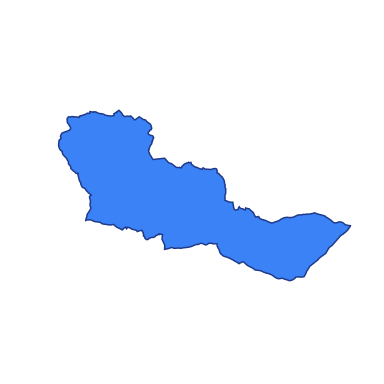 the district of Meresti, Harghita, Romania, rotated 50°
{"feature_id": "2599482B24897883933358", "entity_name": "Meresti", "entity_type": "district", "adm_level": 2, "iso_a3": "ROU", "parent_name": "Romania", "parent_adm1": "Harghita", "projection": "albers", "projection_center": [25.555, 46.251], "detail": "fine", "context": "isolated", "style": "filled", "palette": "blue", "viewbox_px": 384, "rotation_deg": 50, "n_neighbors": 0, "source": "geoboundaries", "source_scale": "gbopen_adm2", "svg_char_len": 6046}
<svg xmlns="http://www.w3.org/2000/svg" viewBox="0 0 384 384"><g transform="rotate(50 192 192)"><path d="M145.5,291.7L146.0,290.2L147.6,288.3L148.2,287.4L151.2,286.1L152.2,285.5L156.1,281.9L158.2,281.4L159.1,280.9L164.8,275.8L165.9,273.8L166.6,272.9L168.5,272.7L170.7,272.2L172.1,271.5L175.8,270.0L176.4,269.4L175.9,268.0L176.2,265.4L178.1,265.8L178.0,265.0L177.6,264.3L177.6,264.0L177.9,263.7L179.0,263.1L179.7,262.5L181.0,262.3L181.9,261.9L185.1,259.6L186.1,259.2L187.1,259.4L187.2,259.2L188.3,256.4L189.2,254.9L190.0,255.4L192.0,255.5L192.3,256.0L193.9,256.7L194.2,257.2L194.6,257.5L195.6,257.0L197.3,257.8L199.1,257.6L199.4,256.9L200.1,256.3L200.0,255.4L200.1,254.4L200.5,252.6L201.1,252.1L201.4,251.4L202.0,250.7L202.4,249.4L202.5,248.7L202.2,248.5L202.2,247.9L202.4,246.8L202.8,246.1L202.9,245.3L202.7,245.1L202.7,244.6L203.6,244.4L203.7,244.2L203.3,243.8L203.3,243.6L205.2,242.5L205.7,241.9L206.3,242.7L208.8,245.3L214.7,246.9L215.3,247.1L218.3,249.9L220.1,246.6L220.8,244.6L221.4,243.4L222.1,242.7L223.4,242.1L224.1,241.4L226.1,238.5L228.0,236.7L228.8,235.1L231.2,231.5L233.0,228.4L234.7,223.1L235.2,222.1L236.3,220.8L236.6,219.0L237.1,218.1L238.2,217.1L240.8,215.9L241.4,215.5L241.9,214.3L242.1,212.4L242.5,211.6L243.3,210.5L245.3,209.1L247.7,206.2L249.9,207.6L253.9,208.4L256.2,209.5L257.9,209.7L261.2,209.1L262.4,208.5L263.6,207.6L266.6,205.9L270.6,204.2L272.3,203.7L274.9,202.6L277.1,202.1L277.3,200.9L277.8,198.9L278.3,197.8L278.9,197.4L283.7,196.8L289.6,194.3L292.3,193.8L294.9,191.3L296.1,190.3L297.2,189.6L298.9,188.9L301.6,187.4L302.4,186.9L302.8,186.3L306.9,184.1L311.1,183.1L313.1,182.2L314.3,181.2L315.5,179.2L316.2,178.2L318.9,176.7L320.1,175.8L321.9,174.8L322.6,174.3L323.3,173.2L324.1,170.9L324.2,168.8L324.0,166.7L328.1,162.2L328.6,160.8L328.9,160.4L327.4,156.8L326.4,155.1L325.4,151.6L324.6,149.8L324.9,139.0L324.5,137.2L324.5,135.4L325.0,129.1L323.2,124.1L322.7,122.3L323.0,119.2L321.2,107.4L321.1,107.0L320.9,106.7L321.0,106.6L321.2,103.8L321.4,103.0L321.2,101.9L321.5,101.0L321.3,99.2L321.4,98.9L320.9,95.7L320.7,95.7L320.6,95.0L320.2,94.5L320.3,94.1L320.1,93.0L319.6,92.3L318.2,93.7L315.6,95.6L312.7,96.1L310.7,97.1L310.6,97.5L310.3,97.7L309.2,98.8L309.0,100.0L308.6,100.8L308.0,101.8L307.1,102.8L306.3,103.2L302.9,103.7L301.8,104.1L300.2,104.4L297.8,105.3L296.8,105.4L296.0,105.6L294.2,106.6L290.4,109.4L289.0,110.2L288.6,110.6L286.8,111.4L286.6,111.7L286.2,112.9L284.2,116.6L283.5,117.4L282.8,118.0L281.9,119.9L281.0,120.6L280.0,122.6L277.6,125.8L276.5,130.3L276.1,131.1L275.0,132.9L273.6,134.4L272.5,135.4L271.5,137.0L270.8,138.3L270.0,141.4L269.8,144.1L268.5,147.1L267.6,149.8L266.9,150.9L264.6,152.4L261.8,153.6L260.4,154.4L257.9,156.1L256.7,156.7L256.5,157.0L255.6,157.2L254.5,156.8L253.9,156.8L253.5,156.9L253.6,157.2L252.7,158.2L252.5,159.3L251.2,159.4L250.4,159.0L249.0,158.9L247.9,158.4L247.2,158.2L246.5,158.5L245.6,158.5L243.4,158.9L241.7,159.0L239.4,160.8L238.7,161.1L238.9,161.5L240.1,162.5L239.7,163.1L238.9,163.5L237.6,163.8L236.4,165.0L234.8,165.5L233.7,165.3L233.8,166.1L234.1,166.6L234.5,167.4L235.1,168.1L233.6,170.5L233.0,170.6L231.6,170.5L227.5,168.2L226.8,168.0L226.2,167.3L223.8,169.8L219.5,172.1L217.8,170.4L215.9,169.2L215.2,167.8L213.5,165.9L212.4,165.3L211.4,164.1L210.3,163.9L209.0,163.1L208.7,163.1L208.0,162.1L206.6,161.7L205.2,160.7L204.6,160.5L204.2,160.1L201.2,159.4L200.1,159.3L198.6,159.4L198.4,159.6L197.3,159.6L196.9,159.7L195.1,159.6L193.4,160.6L192.0,159.1L190.5,158.5L189.7,158.5L188.4,159.7L186.9,163.0L183.0,167.1L180.6,168.0L180.7,168.9L181.3,169.5L181.2,169.7L177.9,171.8L176.4,172.3L175.8,173.0L175.4,173.1L175.2,173.6L174.3,173.5L173.8,173.9L172.9,174.2L171.6,174.2L170.7,174.7L168.6,173.8L168.4,174.5L167.7,175.4L167.0,175.5L167.0,176.3L166.4,177.4L166.4,177.8L165.9,179.1L165.7,180.8L166.0,183.4L166.4,184.1L166.6,184.7L166.0,185.3L165.2,185.6L165.1,186.1L163.5,187.8L163.0,188.2L157.0,189.5L154.7,191.1L148.5,191.3L142.1,200.9L140.6,200.9L138.7,200.4L137.6,200.4L135.4,200.0L134.9,199.6L133.4,199.3L132.3,198.7L132.2,198.0L131.9,197.8L131.9,197.5L131.2,197.3L131.0,196.5L130.3,195.3L129.9,194.9L129.8,194.3L129.4,193.1L129.3,192.2L128.9,191.6L127.9,190.6L128.0,190.1L127.5,189.5L127.2,189.4L127.0,188.6L126.5,188.4L126.2,187.8L126.3,187.3L125.9,187.0L125.8,186.5L124.4,186.0L123.7,186.1L121.2,187.7L119.6,188.3L118.2,187.3L118.1,187.0L118.1,185.6L117.8,185.2L117.6,184.8L117.6,184.4L117.6,183.9L117.8,183.9L118.0,183.2L117.5,182.1L116.6,181.5L114.6,180.6L113.2,180.3L109.2,181.3L106.8,181.4L105.2,182.7L102.7,183.4L100.5,184.1L100.1,189.3L99.7,189.7L94.9,189.9L94.0,190.5L94.2,191.0L92.4,192.7L91.8,193.5L91.4,194.5L90.9,195.0L90.2,195.3L87.9,195.6L86.4,195.1L82.5,195.4L82.2,198.2L82.8,198.5L82.3,199.2L81.8,201.6L82.5,201.9L83.3,202.6L82.2,204.6L81.9,205.1L81.1,205.7L80.7,206.3L79.7,207.3L78.8,207.8L77.5,209.1L76.1,209.4L74.0,210.8L72.5,212.4L70.1,213.8L69.4,213.9L68.8,214.3L67.5,215.5L67.8,215.9L64.8,218.5L65.3,219.0L66.0,220.0L64.9,220.9L64.3,221.7L64.2,222.3L64.1,223.3L63.9,224.2L63.6,224.6L63.0,225.9L63.0,226.5L62.6,227.6L62.3,227.6L61.7,228.7L61.7,229.2L62.0,229.6L61.8,230.2L62.1,230.3L62.3,230.5L59.5,233.0L57.9,234.7L57.0,235.4L56.8,236.3L55.1,238.2L55.2,239.4L55.5,240.5L57.9,242.4L59.3,243.0L60.5,242.9L62.8,243.4L64.2,243.4L64.8,243.7L65.4,244.3L65.8,245.3L65.7,247.0L63.9,251.8L63.3,254.2L64.8,257.0L66.9,257.8L66.9,260.6L67.6,260.9L67.9,261.6L69.7,263.5L71.3,264.7L73.8,265.7L74.9,265.8L75.5,265.9L76.7,265.6L77.4,265.2L78.6,266.2L80.5,266.8L85.9,266.5L86.9,266.9L88.8,267.1L89.8,267.5L90.8,268.4L92.2,268.6L93.9,268.4L95.4,269.2L96.1,269.7L96.7,269.7L98.5,269.4L99.5,269.4L101.2,268.9L102.8,268.9L103.4,268.7L103.8,268.3L104.5,267.2L105.3,268.2L110.0,270.5L111.1,271.0L113.5,271.4L113.9,271.5L114.2,272.0L116.4,272.7L117.4,272.9L118.1,272.9L119.8,272.0L120.8,271.8L122.3,271.9L123.0,272.1L125.1,271.8L125.9,272.0L127.1,271.6L129.6,271.2L129.4,271.9L129.6,273.1L130.0,273.8L134.0,275.8L135.6,277.8L136.8,278.7L139.5,280.0L140.5,282.5L141.8,286.8L143.6,288.9L144.1,289.9L145.5,291.7Z" fill="#3b82f6" stroke="#1e3a8a" stroke-width="1.5"/></g></svg>